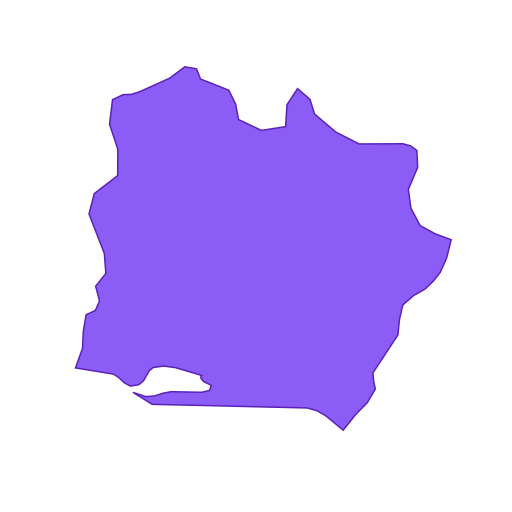 an SVG outline of Gampaha, rotated 287°
{"feature_id": "LKA-2471", "entity_name": "Gampaha", "entity_type": "District", "adm_level": 1, "iso_a3": "LKA", "parent_name": "Sri Lanka", "parent_adm1": "", "projection": "orthographic", "projection_center": [79.983, 7.117], "detail": "fine", "context": "isolated", "style": "filled", "palette": "violet", "viewbox_px": 512, "rotation_deg": 287, "n_neighbors": 0, "source": "natural_earth", "source_scale": "10m", "svg_char_len": 1172}
<svg xmlns="http://www.w3.org/2000/svg" viewBox="0 0 512 512"><g transform="rotate(287 256 256)"><path d="M114.9,390.3L123.6,369.4L125.9,359.4L125.6,349.2L83.8,200.1L89.6,178.2L89.3,191.7L92.6,200.1L97.3,206.7L101.4,214.4L109.8,243.9L113.9,251.0L119.3,251.0L120.6,242.6L123.1,239.0L125.3,238.5L125.9,239.0L125.7,212.0L125.7,211.8L123.8,200.0L119.3,190.3L115.2,187.5L103.7,184.9L98.6,181.5L98.0,180.3L94.9,173.9L96.3,166.9L99.6,160.4L101.4,154.2L96.2,116.1L117.1,117.1L133.3,112.9L150.2,110.7L157.0,118.3L167.3,119.5L180.2,111.5L195.4,117.5L214.1,110.2L247.4,84.0L268.4,83.1L292.5,100.2L317.8,92.6L339.2,77.4L363.6,73.1L371.5,81.8L374.0,89.3L379.0,96.6L400.8,121.4L416.1,132.6L417.6,144.4L409.0,151.2L406.6,181.5L395.2,192.2L381.4,199.4L377.7,224.4L388.4,246.5L409.7,241.4L428.2,246.8L421.6,261.8L408.9,270.5L397.8,296.2L393.3,321.9L406.3,363.7L406.5,371.8L403.9,379.0L388.0,384.7L364.3,382.2L347.0,390.2L333.1,404.0L329.6,420.7L328.6,437.9L309.8,438.9L294.3,437.0L284.2,433.1L274.2,427.6L263.9,418.0L252.0,410.7L237.1,411.8L222.0,414.8L178.5,402.0L170.5,405.2L163.7,409.0L148.2,405.3L133.7,397.7L114.9,390.3Z" fill="#8b5cf6" stroke="#5b21b6" stroke-width="1.5"/></g></svg>